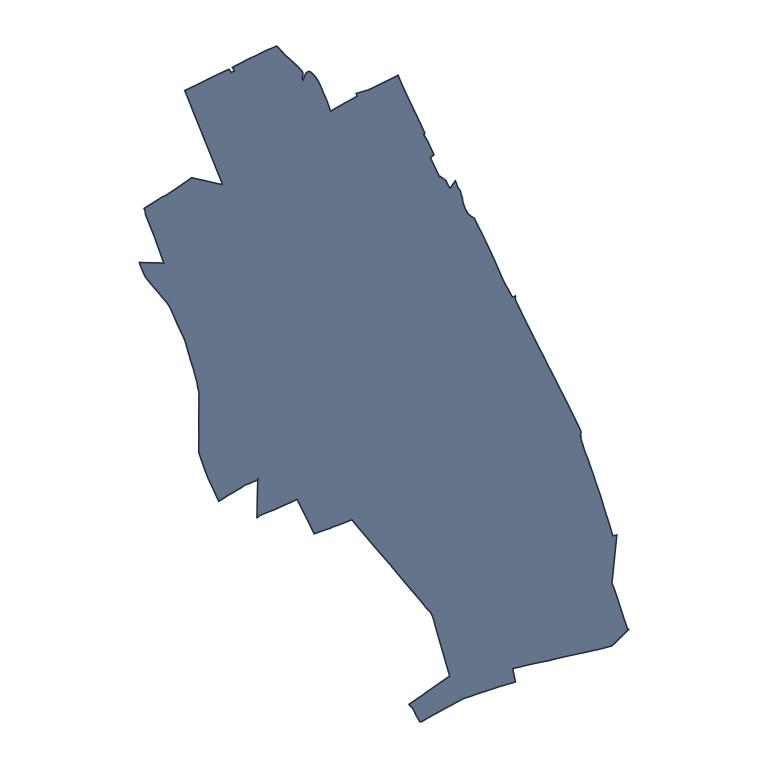 outline of Sabaoani, Neamt, Romania
{"feature_id": "2599482B80747652293453", "entity_name": "Sabaoani", "entity_type": "district", "adm_level": 2, "iso_a3": "ROU", "parent_name": "Romania", "parent_adm1": "Neamt", "projection": "orthographic", "projection_center": [26.881, 47.007], "detail": "fine", "context": "isolated", "style": "filled", "palette": "slate", "viewbox_px": 768, "rotation_deg": 0, "n_neighbors": 0, "source": "geoboundaries", "source_scale": "gbopen_adm2", "svg_char_len": 6015}
<svg xmlns="http://www.w3.org/2000/svg" viewBox="0 0 768 768"><path d="M628.7,629.4L628.3,629.2L627.4,628.5L626.9,627.2L626.3,625.2L625.4,622.2L624.9,621.3L617.8,599.1L614.1,588.3L612.0,583.0L613.6,567.5L616.2,541.8L616.8,535.3L616.9,535.0L612.9,535.8L608.5,521.2L605.4,511.9L600.6,495.8L595.1,480.1L594.6,478.1L594.0,476.2L593.5,474.9L591.5,469.2L589.9,464.7L588.2,459.7L585.7,453.4L584.6,450.8L583.0,445.1L581.0,438.9L580.9,437.9L581.2,436.5L581.1,436.0L580.5,435.8L580.4,435.5L580.2,435.2L580.4,434.6L581.1,432.7L581.1,432.2L580.9,431.5L580.4,430.0L578.2,425.3L573.7,416.0L570.4,409.5L569.5,407.4L568.4,405.2L566.3,401.1L558.8,386.3L552.0,372.9L550.3,369.4L548.9,367.2L545.6,360.3L542.9,354.8L540.1,349.6L539.7,348.8L535.4,340.4L524.2,318.0L517.5,304.1L515.5,300.0L515.5,296.5L515.3,295.8L514.8,296.1L514.3,296.6L513.7,296.8L513.0,296.8L512.5,296.7L512.0,296.4L508.0,288.8L507.0,287.2L503.8,281.3L502.4,278.3L498.3,268.8L494.1,259.1L490.2,250.7L481.1,231.6L479.7,229.1L474.4,218.3L473.6,217.8L471.0,216.2L468.9,214.4L467.9,213.3L466.8,211.1L465.7,209.8L464.1,205.5L462.9,201.8L462.6,199.8L462.3,197.3L461.9,196.2L461.7,195.7L461.2,194.3L460.9,193.2L460.8,192.3L460.7,191.6L460.3,190.9L458.8,188.9L457.3,186.1L457.0,184.9L456.7,184.0L456.2,182.8L455.7,181.3L455.2,180.7L454.1,182.7L452.9,184.2L451.2,186.6L450.1,187.9L449.8,188.0L448.9,186.6L445.8,180.3L445.6,180.3L439.8,176.1L439.3,176.5L437.3,172.2L434.9,167.1L430.4,157.5L434.0,154.9L433.9,154.5L433.1,152.8L428.4,142.7L426.9,139.8L425.5,137.4L423.6,134.3L424.9,133.4L422.4,127.8L420.8,124.0L419.1,120.8L415.8,113.6L414.5,111.1L406.2,93.6L402.8,86.2L399.4,78.4L398.0,75.1L396.4,76.2L394.1,77.3L391.0,78.8L386.6,81.0L382.2,83.1L374.6,86.9L368.0,90.0L364.3,91.0L356.2,93.4L356.9,96.3L354.2,97.8L351.7,99.3L349.2,100.7L344.5,103.1L334.9,108.6L332.2,110.3L331.0,111.1L330.1,110.1L329.8,108.8L329.5,107.6L328.7,105.4L327.9,103.7L327.6,102.1L327.4,101.7L326.6,99.9L324.4,94.8L323.6,93.6L322.3,89.8L321.4,87.7L319.5,83.5L318.2,80.9L316.7,78.6L314.9,76.1L313.5,74.6L312.1,73.3L310.8,72.1L310.2,71.7L309.1,71.4L308.6,71.4L306.7,72.4L305.8,73.3L304.7,75.6L303.2,80.0L302.0,78.5L302.1,77.6L302.9,75.3L302.9,72.9L302.1,71.1L300.1,69.1L299.0,67.8L297.5,66.2L294.5,63.4L288.9,58.3L285.7,55.6L284.8,54.8L284.0,54.0L283.1,52.6L282.3,51.7L281.5,51.2L279.9,49.3L278.2,47.4L277.1,46.3L276.4,46.1L276.2,46.1L276.1,46.4L275.4,46.7L273.1,47.6L265.6,50.6L263.5,51.7L261.5,52.7L257.0,55.1L251.5,57.6L249.5,58.5L247.1,59.6L240.6,63.1L236.7,65.1L233.6,66.6L232.2,67.4L234.5,70.7L231.6,72.5L230.7,71.5L229.0,69.3L227.6,69.8L219.7,73.5L208.4,78.9L204.0,81.2L194.5,85.9L189.0,88.5L184.7,90.5L189.4,102.0L192.4,109.8L194.7,115.6L196.0,118.6L200.5,129.8L203.4,137.1L204.4,139.7L205.6,142.5L209.8,152.8L216.9,170.6L219.3,176.5L221.8,182.7L221.9,184.4L218.1,183.7L216.7,183.4L214.5,182.9L204.0,180.4L199.4,179.4L195.2,178.5L191.6,177.6L188.1,180.3L184.3,182.8L179.7,186.1L175.9,188.7L167.0,194.6L165.3,195.7L163.2,196.4L155.5,201.2L153.3,202.6L147.6,206.1L146.7,206.8L144.0,208.5L144.9,210.6L145.4,212.6L145.2,213.6L145.5,214.8L146.2,216.5L147.0,218.5L148.6,222.5L153.0,233.4L155.2,239.1L156.1,241.8L156.5,243.3L157.5,245.7L158.6,248.7L159.7,251.7L160.3,253.5L161.6,257.1L163.5,262.3L163.8,263.0L150.2,262.7L146.7,262.7L139.3,262.4L139.3,262.6L139.7,264.0L140.8,266.8L144.0,274.4L144.7,275.7L145.4,277.1L147.8,280.2L149.5,282.3L151.9,285.1L153.8,287.5L155.0,288.7L156.4,290.3L157.7,291.7L159.0,293.3L160.4,295.2L161.0,296.0L162.0,297.2L163.6,298.9L166.4,302.2L167.9,304.3L168.9,305.9L170.1,307.8L171.6,311.1L173.8,316.2L176.3,322.0L177.1,324.0L179.0,327.9L180.6,331.3L182.2,334.7L183.7,337.8L185.1,341.4L185.7,343.5L186.2,345.2L187.2,348.7L188.7,354.0L189.2,355.3L189.4,356.1L189.9,358.5L190.1,359.3L190.5,360.6L191.3,362.7L191.8,364.5L193.2,368.6L193.6,370.1L194.9,374.8L195.3,376.6L196.3,380.1L197.1,383.0L197.4,385.6L197.7,387.5L198.1,389.3L198.7,391.3L198.9,391.7L198.9,392.6L198.9,394.1L198.9,396.2L198.8,396.9L198.7,397.4L198.9,401.3L198.8,407.8L198.8,416.2L198.7,420.4L198.7,422.2L198.8,432.1L198.9,433.9L198.7,447.5L198.8,452.1L198.6,452.3L199.9,455.8L202.3,463.0L204.1,468.0L205.0,470.6L206.6,474.5L208.3,479.0L209.3,480.9L210.6,483.7L211.5,485.5L213.9,490.8L216.2,495.9L218.8,501.4L219.6,500.9L220.7,500.1L222.7,499.0L225.0,497.4L228.5,495.2L231.3,493.6L235.1,491.3L238.1,489.5L240.3,488.4L241.4,487.7L243.7,485.9L244.9,485.2L245.9,484.7L247.6,484.3L250.6,483.0L252.5,482.1L253.8,481.5L255.9,480.8L257.4,479.8L257.8,479.2L257.5,487.8L257.2,500.3L257.1,509.7L256.9,517.7L257.6,517.6L259.2,515.9L263.0,514.2L269.7,511.5L274.5,509.7L277.6,508.3L281.9,506.3L284.5,505.2L287.7,503.7L290.3,502.7L296.9,499.4L301.0,507.3L308.7,522.6L311.7,528.9L313.8,533.1L314.2,533.9L322.4,530.9L330.2,528.3L331.1,528.0L331.6,527.4L337.6,525.4L351.9,519.8L357.1,526.2L361.5,531.4L368.7,539.9L372.0,543.9L386.4,560.4L390.2,564.7L390.9,565.5L391.7,566.8L393.0,568.3L396.9,572.9L405.3,583.0L409.9,588.4L420.3,600.5L424.2,605.3L424.4,605.8L426.1,607.8L427.8,609.7L428.6,610.4L430.5,612.3L431.4,614.2L432.2,615.7L433.3,618.8L434.5,623.2L435.9,628.4L436.9,631.9L440.1,643.0L441.6,648.3L444.1,656.8L445.6,662.3L448.0,670.4L449.6,676.1L449.7,676.3L448.1,677.1L436.3,685.3L427.6,691.4L421.6,695.7L413.1,701.5L409.0,704.3L409.6,705.2L410.3,706.2L412.0,707.5L414.8,712.3L415.2,713.1L415.0,713.5L419.7,721.7L420.1,721.9L420.7,721.9L422.2,721.4L426.5,718.8L433.2,715.0L440.6,711.0L448.1,706.9L450.7,705.6L455.7,702.8L459.1,701.0L462.2,699.3L463.9,698.6L465.7,697.9L469.6,696.6L471.8,696.0L474.8,694.8L480.7,692.8L483.8,691.8L484.9,691.5L499.3,686.7L504.9,685.1L515.3,682.0L515.5,681.6L514.0,674.7L512.8,668.5L514.1,668.3L514.9,668.1L515.6,667.8L516.5,667.7L517.9,667.5L518.5,667.3L524.6,665.8L528.4,664.9L531.5,664.2L532.6,663.9L534.2,663.6L540.0,662.4L542.9,661.8L544.4,661.5L546.1,661.2L548.3,660.8L557.1,658.5L565.8,656.5L576.0,654.3L585.5,652.3L602.5,648.5L608.6,646.8L610.5,646.3L611.0,646.0L611.4,645.9L611.7,646.0L612.5,645.3L614.4,643.5L628.7,629.4Z" fill="#64748b" stroke="#1e293b" stroke-width="1.5"/></svg>